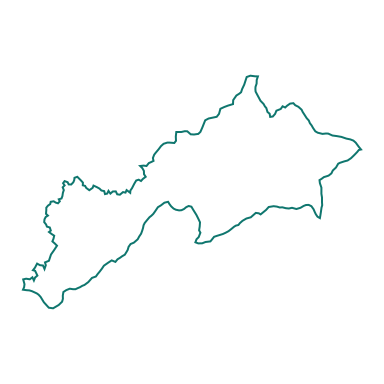 the district of Maracaí, São Paulo, Brazil
{"feature_id": "56859067B30371822496269", "entity_name": "Maracaí", "entity_type": "district", "adm_level": 2, "iso_a3": "BRA", "parent_name": "Brazil", "parent_adm1": "São Paulo", "projection": "mercator", "projection_center": [-50.769, -22.657], "detail": "fine", "context": "isolated", "style": "outline", "palette": "teal", "viewbox_px": 384, "rotation_deg": 0, "n_neighbors": 0, "source": "geoboundaries", "source_scale": "gbopen_adm2", "svg_char_len": 4054}
<svg xmlns="http://www.w3.org/2000/svg" viewBox="0 0 384 384"><path d="M361.0,149.5L358.7,146.7L355.7,142.6L353.4,140.6L350.3,139.4L346.4,138.6L341.4,136.9L336.9,136.1L332.4,135.5L328.2,133.6L326.0,133.5L322.5,133.9L317.7,132.7L315.3,131.3L313.0,127.9L311.6,125.4L309.9,123.2L308.8,120.5L306.7,118.2L304.2,114.3L302.7,112.0L301.6,109.7L298.4,106.8L295.2,105.2L293.4,103.2L290.1,103.6L287.1,105.7L285.2,107.5L282.6,106.3L280.7,109.0L276.4,110.7L275.1,113.9L272.8,116.5L270.2,116.9L269.6,113.7L267.5,112.0L266.3,108.0L264.9,106.4L263.6,104.0L260.5,100.8L257.4,95.0L255.6,91.6L255.4,89.2L255.5,86.9L256.6,83.6L256.7,80.0L257.9,76.4L255.0,76.3L250.4,75.7L246.7,77.0L245.3,81.3L244.2,84.7L242.1,89.1L241.1,92.2L239.4,93.6L236.4,95.5L233.2,100.1L233.0,104.1L228.0,105.6L224.3,107.0L220.4,108.8L219.0,113.9L216.7,116.8L208.6,118.5L205.2,120.3L202.3,127.6L200.4,131.9L198.3,133.9L194.0,134.5L190.7,134.3L187.3,131.3L184.8,131.2L181.3,132.0L176.3,132.0L175.8,136.6L176.0,140.8L174.3,143.0L169.5,142.6L167.3,142.6L163.6,143.8L161.0,146.1L158.6,149.3L155.5,153.0L154.2,154.7L152.9,158.0L153.5,160.9L151.3,162.0L148.8,163.1L146.5,166.0L143.6,165.6L140.2,166.0L142.3,168.1L143.9,170.9L144.0,174.2L145.7,176.8L142.9,178.9L141.0,181.0L138.7,179.7L136.2,180.5L134.3,183.7L132.0,188.2L130.4,190.5L130.2,192.8L128.5,191.5L126.6,190.1L125.5,192.6L123.0,192.1L119.9,194.7L117.2,194.3L115.8,191.4L112.8,191.5L110.4,193.6L108.5,190.9L107.2,193.6L105.0,194.1L104.2,191.1L101.4,190.5L99.5,188.6L96.8,187.1L93.5,185.6L92.6,187.9L89.3,190.2L86.2,187.9L85.1,185.9L82.8,185.3L82.9,182.6L80.9,180.4L78.9,178.4L77.3,176.8L74.5,177.8L74.2,180.2L73.3,182.3L71.2,184.5L68.7,184.4L67.6,182.2L64.6,181.1L63.1,183.2L64.6,185.4L62.7,187.3L63.8,190.1L62.9,192.8L62.4,196.1L61.5,198.5L58.8,199.3L59.8,201.3L58.0,203.3L55.7,202.6L53.7,201.3L50.7,201.8L50.2,204.1L48.0,205.6L46.3,207.7L46.3,210.1L46.0,213.8L47.9,215.6L45.7,217.0L44.5,219.3L44.2,222.1L46.1,224.5L46.9,226.6L49.8,227.5L50.8,230.6L49.0,232.0L51.6,234.0L54.2,235.7L53.5,238.7L52.4,241.4L54.7,243.4L57.0,245.7L53.9,250.4L51.0,254.5L48.9,260.8L45.0,262.4L45.8,265.2L44.5,269.0L43.0,265.5L40.0,265.2L37.1,263.6L35.0,267.6L33.0,270.2L35.1,270.8L37.4,275.6L35.1,277.5L33.9,280.5L32.4,277.3L29.8,279.3L26.1,278.7L23.2,279.4L24.5,284.2L24.1,287.2L23.0,289.7L26.5,290.2L29.4,290.4L32.0,291.2L36.8,293.4L38.6,294.7L40.6,296.9L43.9,302.3L48.8,307.7L53.1,308.3L58.7,305.0L62.1,301.7L62.9,298.8L62.8,295.7L63.4,292.0L66.3,290.1L69.8,288.7L73.0,289.2L75.5,289.2L77.8,288.1L80.0,287.2L82.3,285.8L84.4,285.0L88.3,282.1L92.0,277.9L95.9,276.5L97.6,274.1L99.6,271.7L101.9,268.7L103.9,265.7L108.3,262.6L111.7,260.4L115.4,261.9L117.5,259.3L120.0,257.8L122.2,256.2L124.8,254.7L126.6,251.8L127.7,249.9L128.6,246.8L130.6,244.0L133.8,242.7L137.7,239.3L139.2,236.5L141.1,233.7L142.2,230.7L143.0,228.1L143.6,225.2L144.7,223.0L146.9,220.3L149.5,217.2L151.3,215.8L153.2,214.0L155.0,211.5L157.9,207.2L160.9,205.4L164.4,202.7L168.1,201.8L169.4,204.0L171.2,206.4L173.6,208.6L175.8,209.7L179.1,210.4L181.5,210.2L184.0,209.0L186.3,207.1L188.7,206.0L191.4,206.7L193.1,209.6L196.4,214.9L198.1,218.3L200.0,222.3L199.7,226.6L199.1,230.3L200.4,232.7L198.7,237.1L196.5,239.3L195.4,242.3L198.3,243.4L202.2,243.3L205.5,242.0L210.4,241.4L211.8,239.7L214.1,236.8L216.8,235.9L222.9,234.0L225.5,232.8L228.5,231.2L231.2,229.1L234.1,226.7L235.9,225.6L238.4,225.0L239.9,223.1L242.5,220.8L246.4,218.5L250.8,217.3L255.8,212.9L258.8,213.3L260.6,214.4L266.1,209.9L268.7,207.0L273.6,206.2L276.9,206.6L279.8,207.5L282.3,207.3L285.8,208.2L288.9,208.5L292.0,207.8L296.4,209.0L300.5,207.8L303.7,205.9L306.0,205.0L308.7,204.9L311.4,206.2L313.6,209.3L314.7,211.9L315.8,214.2L317.5,216.7L319.9,218.1L320.4,215.2L320.9,212.0L321.5,207.7L322.2,205.2L322.0,202.3L322.0,197.5L321.4,193.8L321.4,191.2L321.4,187.6L319.9,183.2L319.5,180.1L321.5,178.9L323.9,177.1L326.5,176.3L328.6,175.6L331.4,173.4L332.8,170.5L336.0,167.5L338.2,163.7L340.0,162.8L344.2,161.4L347.6,160.5L351.0,158.2L353.5,155.8L355.0,154.3L357.2,152.0L358.8,150.0L361.0,149.5Z" fill="none" stroke="#0f766e" stroke-width="2"/></svg>